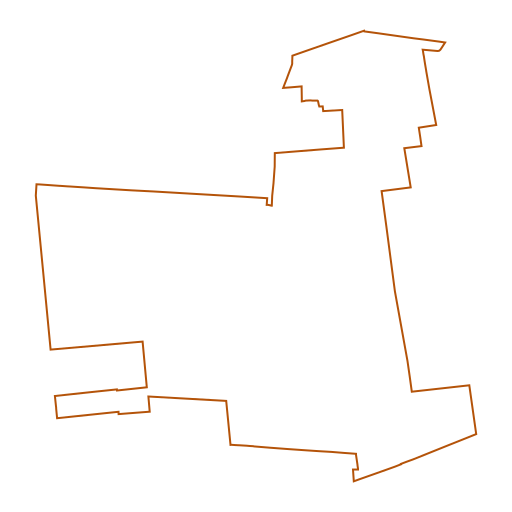 outline of Gura Ialomitei, Ialomita, Romania
{"feature_id": "2599482B23433175195747", "entity_name": "Gura Ialomitei", "entity_type": "district", "adm_level": 2, "iso_a3": "ROU", "parent_name": "Romania", "parent_adm1": "Ialomita", "projection": "natural_earth1", "projection_center": [27.728, 44.753], "detail": "fine", "context": "isolated", "style": "outline", "palette": "amber", "viewbox_px": 512, "rotation_deg": 0, "n_neighbors": 0, "source": "geoboundaries", "source_scale": "gbopen_adm2", "svg_char_len": 2123}
<svg xmlns="http://www.w3.org/2000/svg" viewBox="0 0 512 512"><path d="M401.0,464.3L400.9,463.9L407.0,461.6L413.1,459.4L444.7,446.7L476.2,434.1L469.3,385.3L411.8,391.7L409.7,376.4L407.5,361.1L394.9,291.3L386.4,226.7L381.6,191.1L410.7,187.4L407.5,167.8L404.3,148.2L421.5,146.1L420.2,136.9L418.8,127.7L436.2,125.0L430.6,95.5L429.4,89.2L426.2,71.0L426.2,70.8L425.0,63.7L424.3,59.2L423.9,56.4L423.5,54.5L423.2,52.6L423.0,51.1L422.7,49.7L437.5,51.0L438.3,50.9L439.0,50.8L439.7,50.3L440.3,49.8L441.2,48.5L445.1,42.5L439.1,41.6L433.1,40.8L423.4,39.5L418.5,38.9L413.7,38.3L392.5,35.3L378.4,33.3L364.3,31.4L364.1,30.7L351.6,35.1L328.2,43.2L308.1,50.2L296.1,54.4L292.4,55.7L292.3,59.3L292.2,60.9L292.2,63.8L291.8,65.3L290.8,67.9L289.1,72.4L287.6,76.4L286.9,78.4L286.1,80.4L284.6,84.2L283.2,87.9L292.4,87.2L301.6,86.4L301.7,92.2L301.8,97.9L301.8,101.4L304.5,101.0L305.7,100.6L310.4,100.4L311.4,100.5L312.4,100.6L317.5,100.6L318.0,101.1L318.8,104.9L319.3,106.5L322.7,106.4L323.2,111.1L342.2,110.0L343.9,147.7L320.0,149.5L274.8,153.1L274.7,166.6L274.1,174.9L273.5,183.2L273.2,186.1L272.2,195.7L272.0,200.7L271.8,205.7L271.4,205.7L270.8,205.5L270.2,205.3L269.5,205.2L268.8,205.0L268.1,204.9L267.4,204.9L266.7,204.9L267.2,198.2L241.3,196.6L188.0,193.5L154.1,191.5L130.9,190.3L95.7,188.2L84.2,187.4L76.3,186.9L70.2,186.5L68.0,186.4L60.9,185.9L60.3,185.9L47.8,185.0L39.2,184.4L36.5,184.3L35.8,195.6L43.3,273.4L46.9,311.0L50.6,349.6L126.4,343.0L133.3,342.4L142.6,341.6L146.8,387.3L117.0,390.5L116.9,389.4L91.1,392.1L54.9,396.0L56.0,406.5L56.1,407.0L56.2,409.0L56.7,414.1L57.1,418.2L109.7,412.7L118.5,411.8L118.6,414.1L128.8,413.3L149.7,411.7L148.4,396.5L226.2,400.9L230.5,444.9L231.5,444.8L235.6,445.1L239.8,445.3L243.2,445.5L246.5,445.7L249.9,446.0L253.3,446.2L253.9,446.4L263.7,447.2L269.8,447.7L288.5,449.1L307.2,450.4L319.3,451.2L331.4,451.9L343.7,452.9L356.0,453.8L356.0,454.8L356.7,459.5L357.4,464.2L357.6,466.1L357.9,467.9L358.0,468.7L358.0,469.5L355.5,469.5L353.0,469.5L353.4,475.4L353.8,481.3L359.3,479.3L364.7,477.4L376.6,473.2L388.4,469.0L395.1,466.6L400.7,464.4L401.0,464.3Z" fill="none" stroke="#b45309" stroke-width="2"/></svg>